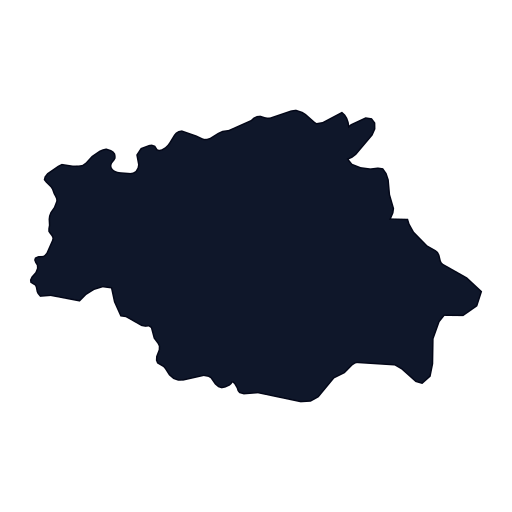 an SVG outline of Gers
{"feature_id": "FRA-5294", "entity_name": "Gers", "entity_type": "Metropolitan department", "adm_level": 1, "iso_a3": "FRA", "parent_name": "France", "parent_adm1": "", "projection": "robinson", "projection_center": [0.302, 43.692], "detail": "fine", "context": "isolated", "style": "filled", "palette": "ink", "viewbox_px": 512, "rotation_deg": 0, "n_neighbors": 0, "source": "natural_earth", "source_scale": "10m", "svg_char_len": 2553}
<svg xmlns="http://www.w3.org/2000/svg" viewBox="0 0 512 512"><path d="M145.5,326.1L141.7,325.4L126.0,316.5L120.9,315.8L114.6,301.8L111.6,287.8L102.7,286.6L93.9,289.3L85.8,294.4L79.5,300.8L50.7,295.3L40.4,296.1L38.1,293.3L37.3,291.5L36.4,286.9L35.5,285.0L31.0,282.3L30.7,280.0L32.1,277.0L36.0,272.6L37.7,268.3L37.5,265.1L35.8,262.4L34.9,260.0L35.5,258.1L38.4,256.8L43.3,256.6L44.9,255.7L47.0,253.3L52.7,240.4L53.2,238.0L52.2,235.7L50.4,233.4L49.0,231.3L49.0,228.7L49.6,225.3L49.3,219.2L49.7,216.1L51.0,212.6L54.5,207.6L57.0,201.1L56.8,198.7L55.7,196.2L54.3,193.7L52.6,189.0L51.1,186.7L46.5,182.2L44.5,179.7L45.2,176.9L47.7,173.7L58.3,166.4L61.9,164.6L72.9,166.3L78.9,166.2L82.7,165.6L86.2,163.1L92.2,156.5L99.8,151.3L102.9,150.0L106.2,149.2L110.8,150.7L113.0,152.1L114.5,154.0L114.9,156.1L114.9,158.1L113.9,159.9L111.5,162.9L110.7,165.0L110.8,167.3L112.0,169.4L113.4,170.7L115.0,171.6L117.4,172.5L119.9,172.9L130.5,173.7L133.3,173.2L136.1,171.6L138.2,168.0L138.8,164.7L137.0,155.0L139.8,150.7L141.2,148.6L149.3,145.6L151.7,145.3L154.7,146.3L157.0,149.9L159.1,150.6L161.9,150.0L165.6,147.8L168.1,145.4L169.9,142.9L174.6,135.2L176.3,133.2L178.8,131.7L181.8,131.1L196.2,136.1L202.1,138.9L204.2,139.6L207.1,139.5L210.3,138.5L218.3,133.5L222.6,131.5L228.9,130.6L251.3,120.6L253.9,118.2L257.1,116.7L260.3,116.4L264.7,117.8L267.4,118.3L270.2,118.2L291.1,111.1L295.9,110.4L302.2,112.5L305.5,114.6L314.3,122.4L316.4,123.8L322.8,122.7L341.9,112.6L344.6,115.1L346.6,118.3L348.0,122.3L348.8,126.9L351.1,124.8L365.7,118.0L371.5,118.9L374.6,123.0L374.7,128.9L372.0,135.0L355.7,154.3L351.9,157.2L347.6,159.1L351.8,164.4L360.5,167.8L370.4,169.1L377.9,168.2L382.7,168.9L386.0,173.6L388.1,179.9L389.4,194.7L393.4,208.5L392.8,212.8L390.1,219.1L407.5,219.5L408.9,224.1L413.4,232.2L426.9,246.0L435.5,250.9L437.4,252.5L438.8,255.2L440.2,261.1L441.1,262.9L442.6,264.4L466.7,278.0L481.3,291.6L476.7,305.8L463.0,315.4L444.1,315.2L439.0,321.6L432.9,338.7L432.5,363.7L430.0,376.2L422.1,383.2L415.9,381.4L401.8,368.8L394.9,364.8L356.9,362.4L354.9,362.9L352.0,364.8L344.3,372.6L333.8,377.8L318.2,396.7L310.5,401.0L300.7,401.6L258.0,392.6L243.9,393.7L239.7,392.5L238.2,390.6L237.3,387.8L234.9,383.7L233.0,381.8L231.9,382.1L231.0,383.5L229.3,385.0L225.1,386.9L221.7,387.6L218.6,386.6L215.4,383.9L211.1,377.7L208.6,376.2L203.7,375.3L183.3,379.9L178.3,380.0L173.7,378.4L169.5,374.8L165.5,368.5L163.8,366.5L157.7,362.9L156.6,360.2L156.8,356.5L159.4,349.8L159.5,346.0L158.2,343.3L154.3,338.1L151.5,327.5L148.9,325.7L145.5,326.1Z" fill="#0f172a" stroke="#020617" stroke-width="1.5"/></svg>